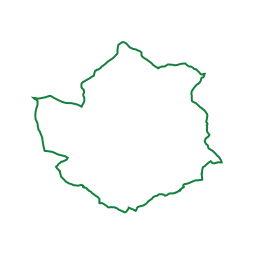 outline of Merghindeal, Sibiu, Romania, rotated 191°
{"feature_id": "2599482B74262616140775", "entity_name": "Merghindeal", "entity_type": "district", "adm_level": 2, "iso_a3": "ROU", "parent_name": "Romania", "parent_adm1": "Sibiu", "projection": "robinson", "projection_center": [24.738, 45.982], "detail": "fine", "context": "isolated", "style": "outline", "palette": "green", "viewbox_px": 256, "rotation_deg": 191, "n_neighbors": 0, "source": "geoboundaries", "source_scale": "gbopen_adm2", "svg_char_len": 5686}
<svg xmlns="http://www.w3.org/2000/svg" viewBox="0 0 256 256"><g transform="rotate(191 128 128)"><path d="M84.4,202.3L84.8,202.1L87.0,201.5L89.2,200.6L90.1,200.2L91.0,199.5L93.3,198.7L94.2,198.5L96.7,198.6L98.0,198.3L100.2,198.1L100.9,198.0L101.6,197.5L102.8,196.2L103.7,195.5L104.6,195.1L105.4,195.0L106.1,195.0L106.4,194.9L107.3,194.2L109.0,193.4L109.2,193.2L109.3,192.6L109.9,192.3L110.8,192.9L113.1,193.6L113.9,194.1L115.7,194.8L116.7,195.8L118.2,196.6L121.2,198.0L122.4,198.7L123.1,198.8L126.5,200.2L128.0,201.1L128.3,201.4L128.7,202.3L129.1,204.0L129.2,204.6L129.3,204.8L129.8,205.1L130.7,205.5L133.7,206.2L134.3,206.3L134.9,206.6L135.7,206.5L136.7,206.7L138.1,206.6L139.1,206.8L141.9,207.6L142.3,208.0L143.8,209.1L144.7,209.9L146.2,210.8L147.3,211.2L148.8,211.4L149.7,211.3L150.2,211.0L152.6,208.6L153.1,208.0L153.4,207.3L153.3,203.2L153.1,201.9L152.8,200.6L152.6,199.4L152.7,199.0L153.3,197.9L154.2,196.6L154.6,195.8L156.2,193.6L161.0,188.8L161.2,188.3L162.7,186.3L163.0,186.0L163.3,185.6L164.8,184.0L165.4,183.5L166.2,181.9L167.5,180.6L168.0,179.9L168.6,179.6L169.5,179.4L170.0,178.5L170.4,178.3L171.0,178.1L171.1,177.8L171.4,176.1L171.6,173.2L171.7,172.6L172.3,172.3L172.9,171.7L173.8,170.9L174.8,169.8L177.1,167.8L178.7,166.5L180.5,164.8L181.2,164.3L182.0,162.9L182.0,161.6L181.4,158.9L181.2,158.7L179.9,157.7L179.2,157.4L178.4,156.5L178.3,155.8L177.9,154.7L178.0,153.7L178.3,152.8L178.2,151.9L178.1,151.3L177.8,150.7L176.7,149.7L176.4,147.8L176.1,146.6L176.1,145.7L176.6,143.5L177.4,141.3L177.5,140.1L177.8,140.0L178.6,140.4L181.9,141.3L184.2,141.5L188.6,141.6L191.0,141.1L193.3,140.8L194.8,140.8L197.6,141.1L199.1,141.4L205.0,143.0L206.9,143.6L209.7,144.6L210.3,144.7L211.3,144.5L215.0,142.4L220.3,140.2L222.7,139.5L223.2,139.5L223.9,139.7L226.5,139.5L225.9,139.1L224.7,138.7L222.8,138.2L222.5,137.6L222.3,137.3L221.9,137.2L221.7,135.7L221.3,134.0L221.3,132.5L221.7,130.1L221.8,126.4L221.6,124.7L221.4,122.6L220.6,119.6L220.2,118.7L219.0,117.2L218.8,116.7L218.1,116.0L217.8,115.5L217.0,112.8L215.9,110.3L215.7,109.5L215.5,109.2L214.2,108.1L210.5,102.4L208.0,95.2L205.5,89.7L199.3,90.1L197.8,90.1L196.1,89.8L193.1,89.0L191.8,88.8L190.9,88.6L184.2,88.3L182.4,87.5L181.5,87.3L181.7,86.5L181.9,85.7L182.5,84.9L184.9,83.2L185.4,82.7L185.7,82.7L186.0,82.5L186.5,82.4L186.9,82.3L187.2,82.0L187.4,81.8L187.5,81.5L188.0,80.8L189.4,79.4L189.5,78.8L189.8,78.3L190.0,77.7L190.2,77.4L191.0,76.7L191.2,76.3L191.2,76.1L189.8,74.7L188.2,73.8L187.9,73.4L187.7,73.2L186.9,73.0L186.7,72.8L186.1,70.8L185.7,70.3L185.5,69.8L185.2,69.4L184.6,67.8L183.8,67.0L181.9,65.8L179.2,63.8L177.4,63.0L175.1,62.3L172.2,62.0L171.3,61.8L170.6,61.4L169.4,61.7L167.3,61.7L166.4,61.8L165.1,62.2L163.8,62.8L162.9,63.2L162.7,63.3L160.8,62.7L160.6,62.4L160.9,61.8L160.9,61.6L160.4,61.5L160.2,61.2L159.4,61.5L158.9,61.4L158.5,61.2L157.6,61.2L157.3,61.1L156.9,60.6L156.0,60.1L156.0,59.8L155.1,59.6L154.6,59.3L154.4,59.0L153.9,58.7L153.0,58.6L152.3,58.3L151.8,58.1L151.4,57.5L150.8,57.3L150.1,56.8L149.2,56.7L148.6,56.2L147.1,55.4L145.9,55.1L143.9,54.1L142.7,53.0L142.3,52.2L142.4,51.8L142.3,51.0L142.0,50.8L141.8,50.2L142.0,49.6L142.0,49.2L141.9,49.0L141.6,48.8L141.3,48.8L139.1,49.3L138.5,49.2L136.7,48.5L133.9,47.3L132.7,46.5L131.4,46.4L129.7,47.1L128.8,47.3L128.6,47.1L128.4,47.1L126.7,47.5L125.8,47.6L125.1,47.3L123.7,47.1L122.9,46.8L122.0,46.2L120.4,45.9L117.4,45.1L116.7,45.0L116.1,44.6L115.7,44.6L114.8,44.7L114.0,45.2L113.4,46.2L112.3,48.6L112.1,49.2L111.9,49.5L112.0,49.9L107.2,48.9L104.8,48.1L104.5,48.3L104.3,48.6L104.4,49.3L104.0,50.0L103.9,51.2L103.5,52.1L103.1,52.5L102.2,52.9L101.8,53.3L100.8,53.6L100.1,54.0L99.3,54.3L98.4,54.9L98.0,54.9L97.7,55.1L97.2,55.8L96.7,56.2L95.9,57.0L94.7,58.7L94.2,59.8L93.6,60.3L93.1,61.0L92.5,61.4L92.2,61.8L92.1,62.2L91.6,62.5L91.0,63.1L90.7,63.6L90.3,64.7L89.3,65.6L87.8,66.6L87.3,66.8L86.9,66.9L86.0,67.4L85.6,68.2L85.4,68.4L84.3,69.0L82.0,69.5L81.6,69.3L80.7,69.4L79.8,69.2L78.7,68.6L77.1,69.5L76.4,70.2L75.9,70.6L75.6,71.0L74.7,71.6L74.0,71.9L70.9,72.4L70.1,73.2L68.9,73.5L68.8,73.8L68.0,74.2L67.6,74.6L67.1,74.8L67.0,75.1L66.3,75.9L65.1,76.2L65.0,76.7L65.1,77.2L64.7,77.2L64.5,77.4L64.4,77.6L64.5,77.8L64.4,78.1L63.6,79.2L63.1,79.5L62.9,79.9L62.1,80.4L61.9,80.8L62.6,81.3L62.7,82.6L62.7,82.8L61.9,83.7L60.0,84.3L57.3,85.8L56.6,86.4L55.9,86.7L53.8,88.3L52.5,89.1L51.2,89.6L49.7,89.9L45.3,91.4L45.9,93.8L46.8,96.5L46.8,96.8L47.1,97.4L47.0,97.5L46.8,97.5L46.9,98.2L47.1,101.6L47.1,102.2L47.1,103.1L47.0,103.7L46.8,104.0L45.4,105.2L44.0,107.1L42.4,109.3L40.5,111.2L38.3,109.6L37.3,109.7L35.9,110.0L35.2,110.5L34.2,110.9L34.0,111.2L32.5,111.6L31.5,111.7L29.5,112.1L30.5,114.0L30.9,114.4L31.5,115.0L32.4,116.1L33.8,117.2L35.5,118.1L37.1,119.5L40.5,121.7L44.9,123.3L45.3,123.7L45.6,124.2L45.8,125.1L46.5,126.3L47.0,126.6L47.6,126.8L48.4,127.3L48.8,127.7L50.1,129.4L50.1,129.8L49.9,131.0L49.8,131.8L49.9,132.2L49.5,132.9L48.4,134.0L48.0,134.2L48.0,134.5L47.3,135.4L46.9,136.1L46.8,136.6L46.8,137.0L47.6,137.5L49.4,139.2L50.0,140.7L50.5,142.9L50.4,143.9L50.8,145.0L51.2,145.5L51.3,145.9L50.7,146.8L50.8,147.0L51.2,147.9L51.5,148.2L52.2,148.6L52.4,149.8L52.3,152.2L52.5,155.7L53.1,156.8L55.7,159.4L57.0,160.3L57.8,160.6L59.7,161.7L61.0,162.1L63.7,163.9L66.1,165.3L69.0,166.1L70.2,166.6L70.4,166.9L70.7,167.6L71.0,168.9L71.5,171.7L72.3,173.7L72.5,176.2L71.1,179.5L69.6,182.4L68.9,183.4L67.8,184.6L67.0,185.2L66.6,185.9L65.9,187.2L65.6,188.5L65.5,190.9L65.1,191.5L64.0,192.0L63.7,192.2L63.4,193.0L63.4,194.2L63.1,195.8L64.0,195.6L65.0,194.9L65.8,194.6L66.6,194.6L67.9,195.5L68.8,196.3L70.2,197.2L72.1,198.3L72.5,198.7L72.9,198.7L73.4,198.5L74.1,198.5L75.6,199.5L77.9,200.3L78.5,200.3L79.6,200.1L80.3,200.1L84.4,202.3Z" fill="none" stroke="#15803d" stroke-width="2"/></g></svg>